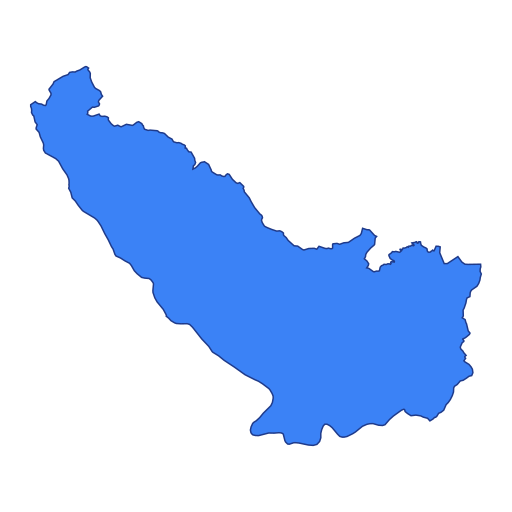 the district of Da Bac, Hòa Bình, Vietnam
{"feature_id": "81297802B60514422076531", "entity_name": "Da Bac", "entity_type": "district", "adm_level": 2, "iso_a3": "VNM", "parent_name": "Vietnam", "parent_adm1": "Hòa Bình", "projection": "albers", "projection_center": [105.101, 20.932], "detail": "fine", "context": "isolated", "style": "filled", "palette": "blue", "viewbox_px": 512, "rotation_deg": 0, "n_neighbors": 0, "source": "geoboundaries", "source_scale": "gbopen_adm2", "svg_char_len": 6015}
<svg xmlns="http://www.w3.org/2000/svg" viewBox="0 0 512 512"><path d="M433.0,419.0L434.6,417.4L435.6,417.3L436.8,416.3L438.6,413.3L441.0,412.3L443.7,410.2L446.1,404.7L448.3,402.4L450.3,399.6L452.3,395.6L453.5,392.0L453.7,387.8L454.6,386.2L457.2,384.5L460.3,380.9L463.1,380.3L466.4,378.2L469.1,376.2L471.7,375.6L472.9,372.7L472.4,369.2L471.1,366.9L469.0,364.4L465.1,362.0L463.9,360.8L465.6,358.3L464.9,357.5L464.8,356.5L466.1,355.4L463.7,352.6L462.9,351.1L460.8,349.0L460.3,347.4L460.4,346.7L462.2,342.7L463.8,341.5L463.8,340.5L462.7,339.3L462.8,338.9L464.9,338.0L466.3,337.0L469.4,334.4L470.0,333.1L468.2,330.9L466.5,323.7L465.9,322.6L465.1,319.6L462.2,317.8L463.3,316.0L463.1,310.1L464.2,308.0L465.9,302.9L466.5,299.4L467.1,297.9L469.9,296.6L470.2,292.8L470.7,291.3L471.7,289.9L477.0,286.2L478.7,283.4L479.9,280.1L480.3,277.4L481.3,274.0L480.1,271.4L480.2,268.9L480.8,266.9L480.6,264.2L468.0,264.4L464.9,264.2L461.8,262.0L457.9,256.6L447.3,263.6L444.2,263.6L439.7,252.7L440.2,246.9L438.4,246.3L436.1,246.2L434.1,250.8L433.8,250.9L432.6,250.1L431.7,251.0L431.0,251.3L430.6,251.9L429.0,252.3L428.1,252.0L427.2,250.8L427.1,249.0L426.0,248.0L423.6,246.9L421.3,245.3L420.5,242.9L420.6,242.1L420.3,241.8L418.9,241.7L418.1,243.0L417.5,243.2L417.1,243.0L416.7,241.8L416.2,241.7L415.0,242.4L411.9,242.9L412.5,243.8L413.7,244.6L414.0,245.3L413.6,245.7L411.4,245.3L410.6,246.2L408.9,246.1L408.3,247.2L407.2,246.7L406.4,247.5L404.4,248.1L403.1,248.0L402.4,249.5L400.2,249.2L400.0,249.7L401.4,250.8L399.7,252.3L395.8,251.4L394.3,251.8L392.4,251.6L391.4,252.9L389.0,254.6L388.9,255.6L390.2,258.5L392.6,260.2L393.8,260.6L394.4,261.3L394.3,262.0L391.2,261.7L390.7,262.3L391.0,263.6L390.4,264.3L389.6,263.9L387.8,263.8L386.3,264.5L384.0,264.3L382.7,265.3L381.5,265.7L380.2,267.2L379.4,270.8L378.2,271.2L376.5,271.1L374.2,271.8L373.3,271.6L368.7,268.3L366.7,267.9L368.3,265.5L368.7,263.8L366.9,261.0L364.3,258.8L365.5,256.7L365.7,254.6L366.9,252.3L370.7,248.0L374.0,245.2L374.6,244.4L375.2,238.1L376.6,236.4L374.6,235.5L369.7,230.1L369.1,229.8L366.9,229.7L362.6,228.3L361.3,233.5L360.0,235.4L354.5,238.2L348.4,242.4L343.8,242.8L339.6,244.3L337.0,243.4L333.0,243.8L332.6,244.5L332.6,248.1L331.9,248.7L330.5,248.7L328.4,248.1L326.9,248.6L325.1,248.4L319.0,246.3L316.8,249.2L314.2,248.3L308.8,248.5L303.9,250.0L302.5,249.5L297.7,246.1L294.1,245.8L288.1,240.4L286.2,237.6L284.0,235.7L283.5,235.0L283.4,233.0L281.8,231.7L279.8,230.8L276.7,231.1L271.6,229.4L267.2,227.6L264.8,226.4L264.1,225.7L262.2,222.5L261.5,220.3L261.8,219.0L262.5,217.8L262.1,216.1L261.5,215.2L259.8,213.9L254.6,207.6L251.0,201.4L249.3,197.9L244.3,191.8L244.1,190.2L243.1,188.3L243.7,187.3L243.7,186.4L239.8,182.6L237.8,183.4L236.1,182.8L232.4,179.3L229.2,174.4L227.5,173.8L226.2,174.7L224.9,176.4L223.7,176.5L221.9,176.0L220.2,174.9L217.8,175.0L216.6,174.7L212.2,172.0L211.4,171.1L211.3,170.2L208.6,164.4L204.4,161.7L202.8,162.2L202.2,162.1L200.4,162.8L197.4,166.2L195.4,167.9L192.9,169.1L193.4,165.8L194.8,164.6L195.6,162.5L194.8,160.4L194.6,158.3L191.1,152.1L188.8,151.8L187.2,149.7L186.5,148.2L185.2,148.1L185.3,145.8L184.2,144.9L182.5,144.3L181.0,143.3L178.7,142.6L177.0,142.8L173.8,141.9L173.0,141.0L172.0,139.1L168.2,137.1L164.5,133.5L162.8,132.9L160.1,132.6L159.0,132.1L157.7,130.9L156.8,130.7L150.1,130.1L148.1,130.4L144.5,129.2L143.6,127.2L143.4,125.9L142.5,125.0L141.8,123.6L138.7,121.7L136.8,122.3L133.3,125.0L132.3,125.4L126.4,124.3L121.4,126.7L120.4,126.6L117.8,125.2L114.5,126.2L113.2,125.5L111.1,123.7L108.5,120.2L108.3,119.7L108.4,117.8L107.0,116.8L104.8,116.2L102.0,116.4L100.8,116.1L100.0,115.6L99.1,114.1L93.3,116.1L92.1,116.2L90.7,116.1L87.2,114.3L87.8,113.0L87.6,111.2L92.4,107.1L94.3,107.3L98.6,105.9L99.3,104.8L99.5,103.8L98.4,102.0L98.6,101.0L98.9,100.3L102.6,96.2L101.4,94.5L100.6,91.7L99.5,90.6L95.7,88.5L94.5,87.4L91.7,82.0L90.2,77.8L90.3,73.4L89.7,72.0L87.8,69.6L88.1,68.7L88.6,68.1L86.6,66.7L85.6,66.6L84.5,67.1L79.8,70.0L76.7,71.1L75.2,72.0L72.4,71.9L69.6,72.4L68.1,74.6L63.1,76.3L54.1,81.6L53.0,84.1L49.0,89.2L49.1,90.0L51.0,93.3L51.0,94.9L49.0,98.5L46.9,101.0L46.2,104.6L45.5,105.5L43.7,105.3L41.6,104.1L38.5,103.7L36.6,102.7L35.3,101.6L30.7,104.7L30.7,106.5L31.4,108.2L31.7,110.3L31.5,112.5L32.7,115.0L33.8,116.0L35.1,121.9L37.2,124.7L36.2,127.6L36.1,129.0L39.1,132.4L40.3,136.8L43.3,143.1L43.7,145.0L43.4,148.4L43.7,150.3L45.4,153.0L55.7,158.6L58.6,161.2L62.7,168.8L67.0,174.9L68.6,178.6L69.0,180.5L69.1,183.2L68.9,184.9L69.2,186.1L68.7,188.3L70.8,192.3L72.2,197.9L75.3,201.0L78.3,205.4L82.2,210.3L83.5,211.4L94.6,218.0L96.9,220.0L98.1,221.5L101.0,225.9L104.8,233.7L108.2,239.7L111.5,246.6L113.1,249.1L114.9,254.3L116.0,256.0L120.3,257.9L125.0,260.9L129.6,263.3L131.4,265.6L134.3,270.7L137.1,273.7L141.6,277.4L144.7,278.1L149.1,278.5L151.0,279.9L152.3,281.6L153.1,282.7L153.5,283.9L152.9,290.5L153.0,292.5L154.8,297.8L157.1,301.9L163.3,309.4L166.4,315.2L166.2,316.2L168.6,318.1L171.0,320.7L174.7,322.9L176.4,323.5L180.9,323.8L187.2,323.7L189.6,324.4L192.5,327.2L201.8,339.0L208.8,346.4L212.1,351.5L212.9,352.3L218.6,355.8L224.1,360.3L234.4,367.1L245.0,374.7L254.9,379.7L258.4,381.2L262.4,383.7L268.9,388.6L270.0,389.9L272.1,393.5L273.1,396.0L273.2,398.1L272.4,402.5L270.8,405.8L263.3,413.2L259.7,417.6L256.2,420.8L253.8,422.3L252.7,423.4L251.1,426.9L250.4,430.0L250.9,432.5L251.5,433.6L252.9,434.9L255.5,435.5L258.6,435.6L268.7,433.0L274.1,433.1L279.0,432.7L281.1,432.9L282.6,433.5L283.3,434.2L284.9,440.6L285.6,442.0L287.6,444.0L289.3,444.2L293.8,442.7L295.8,442.7L298.9,443.0L308.3,445.0L313.2,445.4L316.9,444.4L319.6,441.5L320.8,437.8L320.8,433.3L321.7,429.6L323.2,426.0L324.8,424.2L327.0,424.2L329.7,425.6L332.2,427.7L337.6,434.2L339.8,436.4L342.1,437.1L344.2,437.1L347.0,436.5L352.7,433.7L355.4,432.0L362.4,426.3L366.9,424.3L369.8,423.7L373.0,423.6L378.5,425.2L382.5,425.5L385.0,424.7L389.5,419.5L393.4,416.0L401.3,410.3L403.5,409.3L404.3,409.4L404.7,409.8L405.1,411.5L407.5,413.5L411.0,415.7L415.9,415.1L420.8,415.9L423.2,417.1L427.6,418.3L429.9,420.9L433.0,419.0Z" fill="#3b82f6" stroke="#1e3a8a" stroke-width="1.5"/></svg>